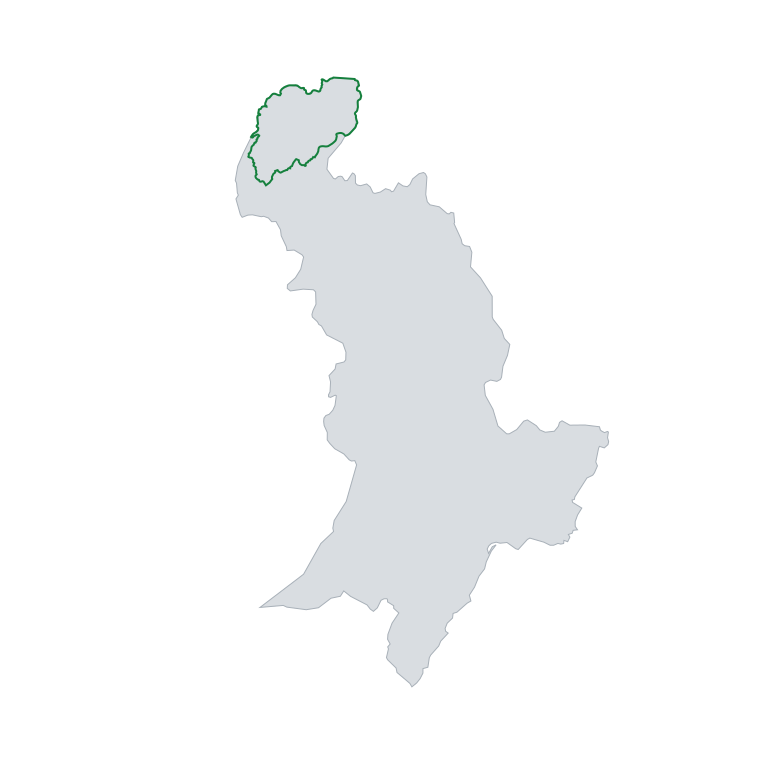 Northern Areas on a map of Pakistan (Albers equal-area conic projection), rotated 298°
{"feature_id": "PAK-1111", "entity_name": "Northern Areas", "entity_type": "Centrally Administered Area", "adm_level": 1, "iso_a3": "PAK", "parent_name": "Pakistan", "parent_adm1": "", "projection": "albers", "projection_center": [74.17, 35.776], "detail": "fine", "context": "in_parent", "style": "outline", "palette": "green", "viewbox_px": 768, "rotation_deg": 298, "n_neighbors": 0, "source": "natural_earth", "source_scale": "10m", "svg_char_len": 9336}
<svg xmlns="http://www.w3.org/2000/svg" viewBox="0 0 768 768"><g transform="rotate(298 384 384)"><path d="M630.5,194.8L639.5,214.8L638.2,219.2L631.7,222.7L629.2,226.9L626.2,228.9L622.0,228.2L613.5,231.7L609.6,231.7L599.7,238.0L591.9,236.8L583.8,233.2L576.7,233.0L557.1,228.7L546.8,232.8L541.8,242.9L542.2,244.8L545.7,246.2L547.1,248.1L547.4,249.7L545.1,254.0L546.4,256.1L555.5,257.1L555.6,258.7L554.5,260.9L548.0,264.5L547.2,267.0L548.1,270.2L552.5,274.8L551.5,279.3L547.7,284.5L548.0,286.5L551.8,290.7L557.2,293.7L558.1,298.5L557.3,300.4L558.8,301.9L568.4,302.3L567.8,307.7L569.1,311.9L572.3,313.2L578.5,313.0L586.1,316.2L589.3,319.6L589.0,321.9L586.9,324.7L570.9,331.9L565.2,336.7L563.8,340.5L566.4,349.6L564.1,359.8L564.8,361.7L567.0,362.5L567.7,365.3L559.8,370.5L558.5,370.5L548.0,384.2L544.5,387.2L544.0,390.3L545.6,395.0L541.6,399.7L528.0,405.4L523.0,419.4L512.3,438.3L494.0,448.1L492.3,450.1L486.7,462.7L480.7,468.8L478.0,476.5L467.2,479.6L455.5,480.7L445.2,484.6L442.7,484.7L439.3,482.4L437.5,476.2L433.0,472.9L430.2,472.8L421.5,478.8L412.8,492.1L400.4,504.3L397.6,515.7L398.8,518.0L406.1,522.6L416.8,524.8L419.6,527.5L418.7,538.1L416.6,543.1L417.1,549.0L422.3,556.6L428.5,557.8L432.5,557.0L435.1,558.5L434.9,567.4L442.1,580.6L447.4,594.3L444.9,596.7L444.6,598.4L444.6,601.5L447.0,603.6L446.9,604.7L441.5,606.6L438.6,609.4L435.6,610.2L431.0,608.5L430.1,603.5L428.1,603.6L414.6,607.6L411.9,610.9L404.5,611.5L401.5,611.1L396.3,607.3L374.0,605.5L371.4,606.3L369.9,604.5L368.0,606.1L367.3,616.9L359.3,616.4L352.2,617.4L348.0,619.7L346.1,623.3L343.6,619.7L340.6,620.2L337.7,617.4L336.1,620.0L331.0,620.2L330.4,616.3L327.5,617.5L325.6,615.2L324.9,612.4L321.3,609.5L319.6,606.3L319.4,599.4L316.4,585.1L314.1,583.6L300.9,580.2L300.4,577.7L301.8,567.0L297.9,561.2L297.0,557.3L293.7,553.7L290.3,552.5L286.7,552.6L283.5,555.9L291.1,556.0L294.6,558.5L286.9,557.2L275.0,557.8L268.0,559.6L258.9,558.1L247.1,559.3L237.6,558.5L233.2,562.6L229.5,560.3L216.7,555.5L213.9,552.7L209.5,554.4L202.5,552.1L196.9,552.7L194.6,554.5L194.2,557.6L183.6,554.8L178.3,555.3L166.7,552.5L163.6,552.5L154.5,555.7L151.0,552.0L147.0,554.1L140.8,554.2L135.4,553.2L129.7,550.8L131.8,547.4L135.4,530.9L138.9,528.0L142.2,516.7L143.6,514.6L152.2,512.3L153.6,510.7L157.3,511.5L160.3,507.0L164.8,505.0L176.6,503.4L188.8,504.6L190.5,497.9L192.8,496.6L193.3,489.5L195.6,488.0L195.6,487.0L194.3,484.8L191.6,482.9L183.2,483.2L178.3,481.4L178.8,477.6L181.0,472.7L180.8,454.2L182.4,445.6L176.1,445.1L170.0,437.8L155.7,431.2L148.2,421.3L141.4,403.0L141.2,399.0L128.5,379.4L178.3,402.3L213.5,403.1L230.1,408.7L232.7,406.5L240.1,404.1L262.5,405.8L299.7,397.8L302.6,394.2L300.7,391.4L300.7,388.9L303.4,381.4L303.7,370.9L306.1,364.0L308.0,360.1L314.6,356.7L319.3,350.6L322.6,348.3L325.7,347.0L328.9,347.5L331.5,349.8L336.8,351.1L342.1,350.8L351.3,347.4L351.2,346.1L347.1,343.1L346.7,341.1L348.3,340.1L351.8,340.0L360.8,335.8L365.6,331.5L374.3,333.8L379.2,332.3L384.6,338.3L387.3,338.9L394.2,335.5L400.7,328.5L400.4,310.3L405.9,301.5L406.0,298.5L407.7,296.0L409.5,289.3L411.6,287.7L415.8,286.8L422.5,286.5L433.2,280.4L434.1,277.5L429.8,268.1L422.2,257.6L423.0,253.7L426.3,252.2L436.2,255.9L446.2,256.6L458.4,253.4L459.6,250.9L460.1,241.8L456.3,235.7L459.4,233.3L466.6,223.7L471.6,220.2L476.7,212.4L474.6,208.5L476.3,204.1L475.6,199.0L474.1,197.1L471.6,188.4L469.2,184.5L464.6,180.5L466.1,177.7L477.9,166.4L482.4,166.7L483.9,164.8L492.1,159.5L493.9,157.1L507.7,152.6L522.2,151.4L541.4,150.8L549.3,153.1L565.7,145.4L568.4,145.4L574.2,148.4L579.0,147.1L581.7,147.6L587.6,149.7L590.0,156.1L591.1,156.6L594.4,155.3L597.1,155.9L603.6,160.9L606.4,168.9L606.4,176.7L604.5,179.7L604.8,181.2L609.5,183.5L611.9,189.1L615.0,189.7L623.9,186.7L624.3,190.9L630.5,194.8Z" fill="#d9dde1" stroke="#a8b0b8" stroke-width="1"/><path d="M606.4,166.0L606.8,167.5L606.3,170.4L606.3,171.9L606.5,172.4L607.3,173.3L607.6,173.8L607.7,174.5L607.3,174.8L606.8,175.0L606.4,175.5L606.4,175.9L606.6,176.6L606.6,177.0L606.3,177.4L604.8,178.4L604.4,178.8L604.2,179.4L604.4,180.6L605.1,181.8L606.0,182.7L607.0,183.1L609.2,183.2L610.1,183.7L610.9,185.0L611.2,186.4L611.3,187.9L611.6,189.2L612.5,189.9L613.2,190.0L614.6,189.5L615.3,189.4L615.9,189.6L616.4,189.7L616.8,189.7L617.9,188.9L618.4,188.9L619.0,189.0L619.5,188.9L619.7,188.6L620.1,188.0L620.4,187.8L620.7,187.7L621.0,187.6L621.7,187.6L622.4,187.3L623.4,186.1L624.0,186.3L624.3,187.5L624.0,190.5L624.6,191.7L625.6,192.2L627.8,193.0L628.7,193.7L629.5,194.7L629.9,195.1L630.4,195.3L630.8,195.4L639.5,214.8L639.3,214.9L638.7,215.7L638.9,216.6L639.2,217.6L639.0,218.7L638.5,219.4L636.8,220.9L636.2,221.5L635.8,221.8L635.4,221.8L634.6,221.3L633.8,221.1L632.7,221.2L631.7,221.6L630.9,222.2L630.7,223.0L630.9,225.0L630.6,225.7L627.9,228.4L627.6,228.7L625.0,229.3L624.4,229.3L624.0,229.1L622.6,228.2L621.5,228.0L620.3,228.5L616.2,231.0L613.0,231.9L612.0,231.9L610.1,231.2L609.0,231.4L608.6,231.9L608.0,232.9L607.6,233.4L607.3,233.6L606.5,233.8L604.6,235.4L602.9,237.2L602.3,237.7L601.7,237.9L600.4,237.7L599.8,237.8L598.0,238.2L596.7,238.2L588.7,236.1L587.5,235.5L586.3,234.6L585.8,234.1L585.3,233.4L585.0,233.2L585.0,232.8L585.8,231.0L585.8,229.9L585.6,228.6L585.1,227.5L584.4,226.5L583.0,225.0L582.4,224.7L581.8,224.8L580.7,225.9L580.1,226.2L579.0,226.4L578.3,226.7L577.4,226.9L575.9,226.9L574.1,226.3L572.1,225.5L567.9,223.1L567.1,222.2L566.4,221.1L565.3,218.4L564.5,217.1L563.7,216.2L562.7,215.7L561.9,215.6L560.4,216.0L558.6,216.7L556.1,216.9L553.3,216.5L551.8,216.5L551.8,216.2L551.7,216.2L551.2,215.6L551.1,215.3L551.1,215.0L551.1,214.9L550.4,214.9L549.1,214.8L549.0,214.7L548.8,214.6L548.2,214.0L548.2,213.9L548.0,213.7L547.8,213.7L547.3,213.7L547.1,213.8L546.9,213.9L546.7,213.8L545.8,212.8L545.0,212.5L544.7,212.5L544.1,212.7L543.8,212.6L543.2,211.9L542.7,211.6L542.3,211.5L542.1,211.5L541.3,211.5L541.2,211.5L540.4,212.2L540.3,212.3L540.1,212.4L539.9,212.3L539.7,212.2L539.5,211.8L539.5,211.6L539.6,211.3L539.7,210.7L539.6,210.4L538.7,208.8L538.7,208.7L538.7,208.4L538.8,207.4L538.8,207.1L538.9,206.6L539.6,205.5L539.9,204.8L540.4,204.4L541.1,204.0L541.4,203.8L541.5,203.8L541.6,203.7L541.5,203.2L541.4,201.7L541.3,200.9L540.8,200.7L537.0,200.1L535.1,200.2L533.3,200.5L532.1,199.6L531.4,199.4L530.4,199.9L530.1,199.1L529.9,198.7L529.6,198.4L529.4,198.3L529.2,198.2L528.8,198.1L528.7,198.1L528.1,198.2L527.5,198.0L527.4,198.0L527.3,197.9L527.2,197.5L527.1,197.3L526.9,197.1L525.8,196.3L525.1,195.6L522.3,193.7L522.1,193.5L522.0,193.3L522.0,193.1L522.0,192.6L522.2,190.7L522.3,190.5L522.8,190.0L522.9,189.8L522.9,189.7L522.8,189.4L521.9,188.8L521.6,188.5L521.2,188.1L521.1,187.9L520.9,187.8L520.5,188.2L520.3,188.4L520.1,188.5L519.9,188.5L519.6,188.5L519.3,188.5L518.9,188.3L518.6,188.2L518.4,188.0L517.9,187.8L517.7,187.7L514.6,187.8L514.1,187.9L512.9,188.6L512.6,189.1L512.2,189.1L510.9,188.8L508.1,188.4L504.0,186.5L506.2,182.6L506.0,181.8L506.0,181.5L505.8,181.2L504.9,180.4L504.7,180.1L504.6,179.7L504.5,179.4L504.6,178.9L504.7,178.7L505.5,177.8L505.5,177.5L505.5,177.3L505.2,176.8L505.2,176.7L505.3,176.1L505.7,174.6L505.8,174.4L505.9,174.1L506.1,173.9L506.3,173.6L506.5,173.4L506.9,173.1L507.4,172.9L507.7,172.8L508.0,172.8L508.3,172.9L509.1,173.2L509.3,173.2L510.1,172.2L510.8,171.7L511.3,171.5L511.7,171.4L511.9,171.3L512.2,171.1L513.3,169.8L513.6,169.6L513.8,169.4L514.7,169.2L515.0,169.1L515.2,168.8L515.2,168.6L515.3,168.4L515.2,168.0L515.3,167.1L515.4,166.4L515.6,166.2L515.9,166.1L516.4,166.0L517.3,166.0L518.1,165.9L518.3,165.7L518.3,165.3L518.1,164.7L518.3,164.3L519.9,163.7L520.3,163.4L520.5,163.1L520.6,162.8L520.7,162.4L520.8,162.2L521.2,161.6L521.5,161.1L521.5,160.9L521.4,160.6L521.0,159.4L520.9,158.9L520.9,158.1L520.8,157.8L520.9,157.6L521.0,157.5L521.6,157.5L522.6,157.2L522.9,157.1L523.8,156.4L524.1,156.4L524.4,156.6L524.9,157.1L525.0,157.1L525.9,157.0L526.7,156.9L527.2,157.0L527.4,157.0L528.0,156.9L531.0,155.8L531.4,155.8L532.1,155.9L533.9,156.5L534.0,156.6L534.7,156.5L535.0,156.5L535.4,156.7L535.5,156.7L536.1,156.4L536.4,156.5L536.6,156.9L536.8,157.1L536.9,157.3L537.0,157.3L538.0,157.3L538.5,157.5L538.8,157.5L539.2,157.3L539.8,156.8L539.9,156.7L540.2,156.7L540.4,156.8L541.0,157.1L541.3,157.1L541.9,156.7L542.0,156.7L542.3,156.7L543.2,156.9L543.8,157.2L544.4,157.3L544.6,157.3L544.8,157.2L544.8,156.5L544.8,156.3L544.9,156.0L545.0,155.8L544.8,155.2L544.6,154.9L544.3,154.6L542.7,153.5L542.2,153.0L541.8,152.8L541.5,152.7L540.4,152.5L540.2,152.4L539.9,152.2L539.7,151.8L539.6,151.3L539.7,150.6L541.5,150.7L543.3,151.0L544.2,151.4L546.6,152.9L547.5,153.2L548.3,153.5L549.2,153.5L550.9,152.9L551.2,152.6L551.3,151.3L551.5,150.8L551.9,150.5L552.4,150.4L554.4,150.6L555.1,150.3L556.5,149.2L558.9,147.6L559.7,147.0L560.9,146.6L561.5,146.6L562.1,146.8L562.3,147.0L562.9,147.7L563.4,148.3L563.9,148.1L564.1,146.9L564.2,146.7L564.2,146.4L564.2,146.2L564.0,145.9L564.6,145.6L566.5,145.1L567.5,144.7L568.0,144.8L568.4,145.4L569.2,146.1L571.4,146.1L572.3,146.9L573.2,148.2L573.4,148.6L573.6,149.7L573.7,150.1L574.1,149.9L574.3,149.6L574.6,148.5L574.8,148.0L575.3,147.7L575.8,147.5L576.8,147.2L577.9,147.2L580.4,146.8L580.9,146.9L581.3,147.2L582.2,147.9L583.2,148.5L586.7,149.2L587.8,149.6L588.6,150.4L589.1,151.5L589.3,152.9L589.4,154.4L589.6,155.8L590.2,156.7L592.0,156.7L592.3,156.1L592.5,155.7L594.3,155.0L596.6,155.4L599.0,156.5L600.8,157.8L602.6,159.4L603.3,160.3L606.4,166.0Z" fill="none" stroke="#15803d" stroke-width="2"/></g></svg>